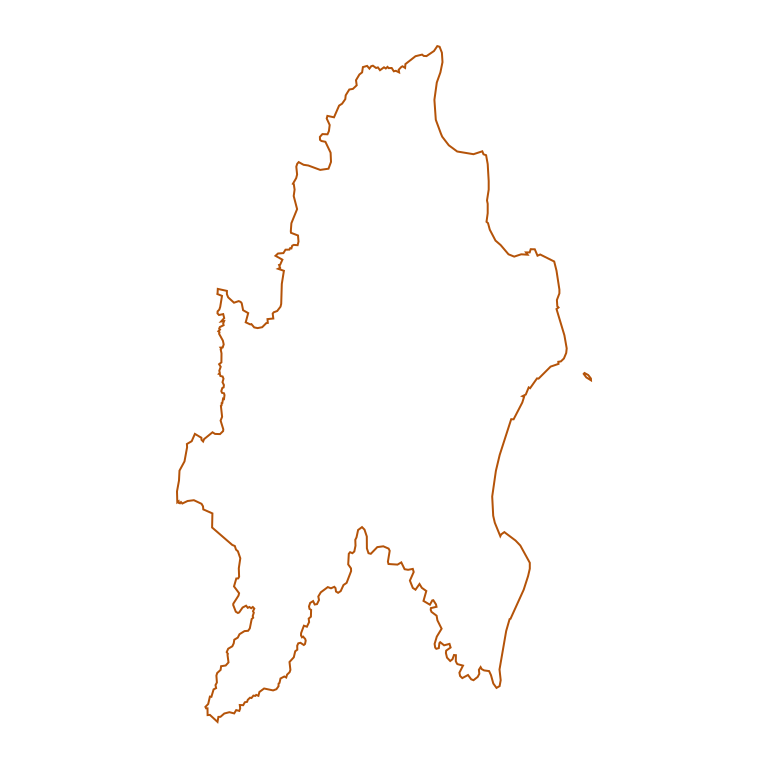 Ogan Komering Ilir, Sumatera Selatan, Indonesia (Equal Earth projection)
{"feature_id": "22746128B6554957987252", "entity_name": "Ogan Komering Ilir", "entity_type": "district", "adm_level": 2, "iso_a3": "IDN", "parent_name": "Indonesia", "parent_adm1": "Sumatera Selatan", "projection": "equal_earth", "projection_center": [105.107, -3.327], "detail": "fine", "context": "isolated", "style": "outline", "palette": "amber", "viewbox_px": 768, "rotation_deg": 0, "n_neighbors": 0, "source": "geoboundaries", "source_scale": "gbopen_adm2", "svg_char_len": 6087}
<svg xmlns="http://www.w3.org/2000/svg" viewBox="0 0 768 768"><path d="M217.8,288.9L217.6,292.7L217.3,294.0L216.6,293.7L222.0,295.9L220.2,306.9L219.3,309.6L217.6,311.4L217.5,313.4L219.0,315.0L223.2,314.1L224.2,318.1L221.1,321.5L224.1,321.1L223.2,323.4L223.6,325.2L219.8,327.1L219.2,328.7L220.0,329.6L218.3,331.3L219.5,332.3L219.1,333.8L222.9,340.7L223.7,344.4L222.7,347.4L220.5,347.6L221.3,348.8L220.7,349.5L221.5,353.3L221.4,362.4L219.1,364.2L220.7,366.8L219.3,370.7L219.8,372.9L218.9,373.9L219.9,374.2L220.4,376.0L222.6,376.5L223.5,378.7L222.5,382.2L223.9,385.0L223.6,387.4L222.3,388.0L221.3,391.1L222.0,392.8L224.0,393.3L224.5,395.1L224.0,399.0L223.1,398.6L222.3,403.1L221.7,403.1L221.5,405.5L220.9,405.9L222.1,416.8L220.6,420.6L223.3,429.3L223.1,431.1L220.0,434.1L215.0,433.9L212.5,432.3L204.1,439.1L203.1,441.5L201.5,439.8L201.4,437.8L194.9,433.9L191.7,441.2L186.9,444.0L187.1,447.2L184.5,461.4L179.5,470.6L179.0,480.5L177.0,491.4L177.3,502.3L178.6,501.3L178.8,502.9L180.0,503.3L181.0,502.1L182.3,503.5L187.6,501.0L193.9,500.2L201.5,503.8L203.0,506.3L203.3,509.4L212.4,513.4L212.1,527.5L232.2,544.9L234.8,546.0L236.0,549.6L237.9,551.3L240.3,558.3L238.8,568.3L239.1,576.7L238.2,578.4L236.3,578.5L234.0,586.4L239.1,593.2L238.5,595.6L233.3,603.7L233.2,605.0L235.8,611.7L237.9,613.0L239.2,612.4L242.6,607.5L246.1,605.7L247.8,607.8L249.4,607.0L251.2,608.2L252.8,607.0L254.3,608.6L253.0,611.2L253.8,612.7L252.7,616.1L253.2,617.7L251.7,619.0L249.8,628.4L248.1,630.8L244.5,631.1L239.5,634.2L237.8,637.6L234.3,639.7L233.7,643.4L232.3,646.3L228.2,648.7L226.7,652.1L227.9,653.9L227.5,654.7L228.5,662.4L225.7,665.5L221.1,666.2L220.6,669.9L217.2,673.0L216.4,675.6L216.9,682.5L215.5,685.1L216.1,688.1L213.6,689.4L211.4,696.8L209.9,696.6L208.2,704.0L205.4,706.9L206.1,708.3L207.5,708.3L207.6,715.1L209.9,714.9L217.5,721.9L218.4,716.9L220.5,716.8L224.3,713.5L229.4,712.2L234.2,713.4L236.2,710.1L239.3,710.9L240.2,708.4L239.8,705.0L243.2,705.2L244.8,702.3L247.1,701.8L247.8,699.8L250.0,697.7L251.5,698.0L253.4,695.6L255.3,695.9L256.2,694.9L258.4,695.8L259.4,692.0L264.1,688.5L273.1,690.4L276.4,689.2L278.5,686.3L278.6,683.6L279.5,682.9L280.5,678.5L284.3,676.5L286.2,677.5L287.1,674.6L289.6,672.2L290.4,669.9L289.5,662.0L293.8,657.3L295.2,651.3L297.3,649.7L297.2,645.7L298.3,643.3L300.5,642.8L303.8,645.0L305.0,644.0L305.7,640.7L305.2,639.0L303.1,636.6L302.0,637.3L301.0,635.4L301.1,633.1L303.9,625.7L306.9,626.7L309.1,622.1L308.7,618.6L310.9,616.7L311.1,609.9L309.5,608.9L309.0,606.4L310.2,602.9L313.1,601.1L314.7,604.5L317.0,604.1L319.0,600.0L318.3,596.5L320.8,592.3L327.8,587.1L331.0,588.3L334.3,586.8L335.5,588.1L336.0,591.5L338.1,592.8L340.7,591.1L343.5,585.0L346.6,582.9L351.1,571.1L351.0,568.4L348.2,564.4L348.8,553.8L350.1,552.2L352.4,553.2L354.3,551.5L355.5,545.7L355.3,539.8L356.5,537.4L358.1,530.0L362.0,527.1L364.5,529.6L366.8,536.5L366.9,548.4L368.5,553.2L370.8,553.8L377.3,547.1L383.3,546.3L388.6,548.6L389.7,550.8L387.9,561.7L388.5,564.0L397.5,564.6L401.3,562.4L404.6,569.2L408.1,569.8L412.8,568.9L413.7,572.0L409.9,580.6L412.8,587.9L415.5,589.7L419.5,584.0L421.8,587.8L426.3,591.0L423.5,600.9L429.9,604.7L432.3,600.4L433.3,600.2L436.0,604.4L436.5,606.8L430.9,608.1L430.7,609.9L431.5,611.9L436.6,615.7L437.4,620.3L441.6,628.7L436.8,636.6L434.6,643.9L435.2,647.6L436.3,648.8L438.8,648.1L439.4,643.1L440.2,642.2L444.1,645.3L449.5,643.9L450.6,647.5L446.2,650.6L445.9,653.0L447.0,657.6L450.2,661.0L452.5,659.2L454.0,655.0L455.9,655.2L455.8,661.2L456.7,663.1L457.4,664.1L463.0,665.6L459.4,672.7L460.1,676.0L462.3,678.1L468.0,675.0L471.2,679.3L473.5,680.2L477.7,676.9L479.3,673.8L478.9,669.8L480.6,667.1L481.7,669.1L484.1,670.4L489.1,671.1L491.0,675.2L493.3,683.5L496.5,687.9L499.6,686.1L500.7,680.2L499.5,669.5L506.2,630.9L509.6,619.1L510.5,618.8L523.7,589.7L528.1,576.0L529.8,568.7L529.8,562.8L520.3,545.5L515.5,540.5L504.3,532.1L501.2,534.4L500.3,536.2L494.8,522.7L493.2,515.8L492.2,496.5L495.9,470.8L499.7,454.9L511.2,419.2L513.6,419.3L522.3,402.5L524.1,396.8L522.5,396.2L525.8,394.5L528.7,387.4L530.1,388.2L537.0,378.4L538.6,378.6L550.6,366.6L558.5,363.9L558.3,361.8L560.9,361.4L563.9,358.5L566.2,353.0L566.7,348.4L564.4,335.3L556.5,309.0L558.5,307.5L557.3,306.2L556.9,300.0L559.4,293.4L559.4,289.6L556.5,270.7L554.2,261.5L540.2,254.5L537.5,255.7L534.8,249.3L530.7,249.2L529.7,252.4L526.0,252.4L527.6,254.7L521.2,254.3L514.2,256.6L508.5,254.3L500.7,245.1L495.5,240.6L489.8,229.7L488.0,223.1L486.5,221.8L487.7,213.2L487.7,203.8L487.0,200.5L488.7,189.6L488.7,181.1L487.7,164.1L486.1,155.2L483.5,154.3L482.3,151.3L473.5,154.2L457.2,151.5L448.8,145.3L442.2,136.7L440.9,133.6L435.8,119.8L434.4,99.8L436.8,82.5L440.4,72.4L442.5,62.1L441.9,52.7L439.6,46.8L437.3,46.1L434.0,51.0L426.5,56.1L423.7,55.9L422.1,54.6L415.5,56.2L405.4,64.1L405.1,67.9L402.5,66.3L401.4,66.9L398.7,69.7L399.1,72.4L395.8,70.8L393.8,71.3L391.7,68.0L388.6,68.1L387.5,66.9L385.8,68.5L384.0,67.3L380.0,70.2L377.9,67.4L376.1,68.0L372.9,65.7L371.2,66.2L369.4,68.6L367.1,65.9L362.9,67.1L362.1,72.4L359.4,74.5L356.0,80.2L356.7,85.3L352.9,88.9L349.3,89.5L345.7,95.3L345.3,99.1L342.1,103.7L339.1,105.6L334.0,117.3L327.4,115.9L326.7,118.5L329.7,125.0L328.9,131.1L327.5,134.3L322.4,134.1L319.9,136.9L320.0,139.8L321.4,141.0L325.4,141.8L330.6,152.7L331.0,161.9L328.5,168.7L320.2,169.9L308.3,165.5L303.6,164.8L298.7,162.1L297.2,163.8L296.3,166.7L297.1,174.5L296.2,178.1L292.9,183.8L293.8,184.2L294.6,189.6L293.7,196.0L297.1,209.1L291.4,223.2L290.8,231.3L291.0,232.8L298.0,235.5L298.5,241.6L297.6,245.2L293.8,244.9L292.2,245.7L291.4,248.4L290.2,248.1L289.4,249.6L285.5,249.7L283.4,253.1L278.0,253.5L275.5,255.8L282.4,259.7L280.1,264.8L279.1,265.0L280.1,267.8L278.1,268.8L283.9,270.8L281.8,283.9L281.2,303.9L280.5,306.7L277.2,311.0L273.7,312.3L272.7,313.6L273.3,318.5L267.5,319.1L267.8,322.9L266.3,323.1L262.2,327.2L257.6,328.1L254.2,327.4L251.4,324.1L250.2,324.4L245.7,322.3L248.2,313.1L243.1,310.2L241.7,303.2L240.6,301.9L238.7,301.1L234.0,302.7L228.2,297.4L226.9,294.2L226.9,290.9L217.8,288.9ZM584.5,373.0L583.7,373.9L586.3,377.4L591.0,380.3L590.9,378.5L588.2,375.0L584.5,373.0Z" fill="none" stroke="#b45309" stroke-width="2"/></svg>